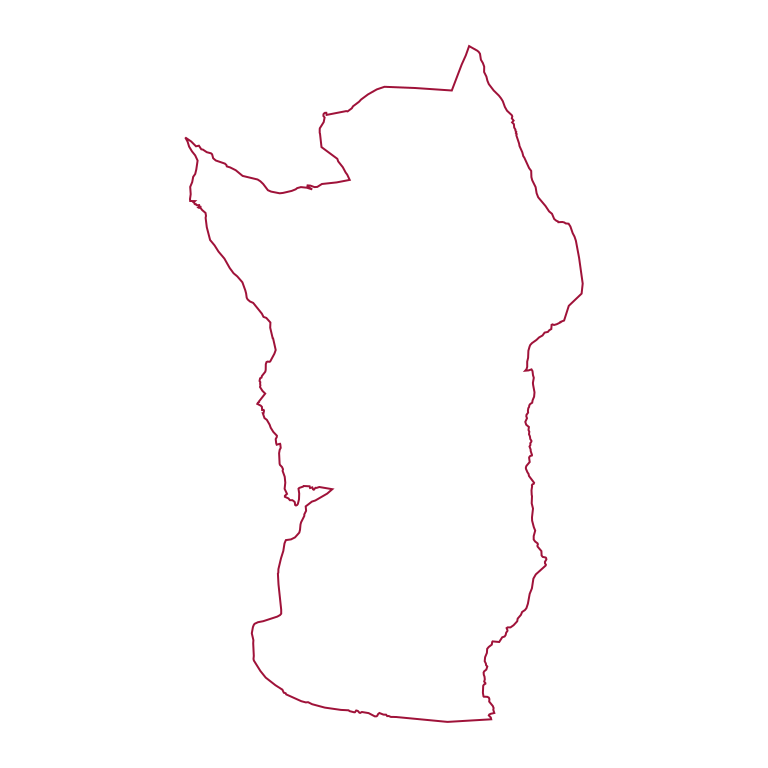 Roesti, Vâlcea, Romania (Albers equal-area conic projection)
{"feature_id": "2599482B88399250652350", "entity_name": "Roesti", "entity_type": "district", "adm_level": 2, "iso_a3": "ROU", "parent_name": "Romania", "parent_adm1": "Vâlcea", "projection": "albers", "projection_center": [24.073, 44.917], "detail": "fine", "context": "isolated", "style": "outline", "palette": "rose", "viewbox_px": 768, "rotation_deg": 0, "n_neighbors": 0, "source": "geoboundaries", "source_scale": "gbopen_adm2", "svg_char_len": 6105}
<svg xmlns="http://www.w3.org/2000/svg" viewBox="0 0 768 768"><path d="M491.2,719.3L490.8,717.5L488.8,715.4L489.3,714.5L490.7,713.8L494.3,713.0L493.3,709.8L493.6,708.0L492.8,706.0L489.2,701.6L489.4,699.1L488.8,697.6L487.2,696.8L483.8,696.7L483.5,696.4L482.9,692.8L483.2,685.8L483.9,684.6L485.4,683.7L485.4,683.1L484.2,681.6L484.8,679.3L484.5,676.6L483.8,674.8L483.6,672.5L484.2,671.3L486.3,669.6L487.3,666.5L486.1,665.2L485.9,663.6L484.7,661.2L485.1,657.2L486.9,652.9L487.2,648.8L488.7,647.0L491.8,644.6L492.2,642.0L492.6,641.4L499.2,642.0L502.2,637.3L504.6,636.5L505.6,635.1L506.2,632.6L507.4,631.0L507.5,630.3L506.6,628.1L507.6,627.4L510.5,627.4L513.6,625.2L517.2,621.3L517.7,618.6L520.9,614.9L522.1,612.0L525.0,610.0L526.4,608.2L527.9,603.7L529.7,593.8L531.9,588.4L533.4,578.6L535.8,574.4L545.6,565.6L545.9,564.8L545.0,563.3L544.9,561.9L546.4,559.4L546.1,558.0L545.6,557.5L542.7,556.9L541.6,555.5L541.4,551.1L537.6,546.6L537.4,545.8L537.9,544.2L537.5,543.3L535.1,541.5L533.7,539.5L533.7,536.1L535.2,530.6L533.8,527.1L532.1,520.6L532.0,517.3L533.0,508.6L531.7,503.3L532.0,496.1L531.7,494.9L531.5,490.3L532.1,486.3L531.9,485.2L532.4,484.4L533.7,483.8L534.1,482.8L529.0,476.0L528.5,473.8L527.5,472.4L525.9,468.7L525.9,467.3L526.5,465.8L529.7,462.0L529.1,457.7L529.4,456.9L530.2,456.0L531.9,455.5L532.0,455.0L530.7,451.1L530.6,449.4L529.5,446.5L530.4,445.0L530.3,443.2L531.4,441.6L531.4,440.7L530.3,439.1L529.9,436.3L529.0,434.3L529.3,431.7L528.5,430.0L528.9,427.0L526.2,424.7L525.3,421.9L527.0,418.2L526.3,416.3L526.5,414.8L528.1,412.6L527.9,410.8L528.3,408.2L529.1,406.9L529.3,405.3L530.2,404.0L532.2,402.7L532.6,400.3L534.1,396.7L534.5,392.3L533.1,384.8L532.9,382.9L533.8,377.8L533.0,375.2L532.5,371.1L531.5,369.4L528.6,370.4L525.2,370.7L526.5,369.2L527.2,366.9L527.2,361.6L528.1,357.8L528.4,350.7L529.6,346.5L530.3,344.9L532.1,343.0L536.5,339.9L539.1,337.4L542.5,335.5L544.6,332.6L547.9,331.9L549.2,330.3L551.3,329.0L551.6,324.8L552.6,324.4L554.0,325.0L556.8,324.2L560.6,322.3L560.5,321.9L564.1,320.5L568.8,305.8L581.6,293.6L582.7,283.6L579.1,257.9L575.9,240.8L574.5,236.6L572.7,233.2L570.4,226.5L568.6,223.7L565.6,223.4L564.4,222.5L562.4,222.0L558.3,222.2L557.9,221.4L556.4,220.8L554.2,219.0L552.0,213.8L549.1,211.4L545.5,206.0L538.2,197.3L536.6,193.2L535.6,187.1L532.2,180.2L531.4,177.1L531.2,170.9L529.1,168.1L524.3,157.6L523.3,156.2L522.3,152.3L519.5,146.0L519.1,143.6L516.5,135.8L516.3,134.9L516.7,134.1L515.8,133.0L516.3,131.9L515.4,130.7L515.4,129.5L514.2,127.6L513.9,124.2L512.1,122.4L513.6,120.6L511.8,118.3L512.3,116.4L511.8,115.2L507.0,110.7L504.9,107.0L502.8,101.2L501.0,98.3L498.9,95.6L493.7,90.5L488.8,84.1L487.4,80.7L486.4,76.6L484.1,72.0L484.2,66.7L482.9,63.1L480.9,59.7L480.0,53.8L478.8,52.0L477.3,50.7L469.1,46.1L465.8,55.4L461.7,64.5L451.8,90.5L415.0,88.0L384.5,86.8L376.8,89.4L368.0,94.4L361.0,99.6L359.1,101.7L353.0,106.3L351.8,108.3L347.6,111.4L346.2,111.1L326.6,114.9L326.3,112.8L325.0,112.8L324.0,113.5L323.5,114.2L323.4,116.0L324.6,117.5L323.7,122.1L319.8,128.3L319.7,129.6L319.7,132.9L320.0,133.6L321.5,147.1L337.3,158.8L338.2,161.4L342.8,167.2L345.7,172.6L347.2,174.6L349.7,179.9L336.7,182.4L321.9,184.0L317.3,186.9L314.5,187.1L310.3,185.6L307.6,185.4L307.4,186.5L312.2,189.4L306.8,187.7L300.9,187.1L297.2,188.1L295.7,189.3L291.7,190.9L283.1,192.9L279.7,193.3L271.1,191.6L267.9,190.2L263.2,184.0L260.4,181.3L257.6,179.5L242.6,175.9L235.7,170.2L230.1,167.4L226.8,166.4L226.4,165.0L224.9,163.6L215.8,160.5L213.2,158.3L212.1,154.3L211.0,153.3L206.8,152.2L202.9,149.6L201.3,149.3L198.9,145.7L196.0,146.3L191.2,141.5L185.3,137.5L187.6,141.7L189.1,146.6L192.0,151.4L195.2,155.4L197.6,160.6L196.3,169.4L195.2,174.0L193.2,176.8L192.2,182.1L190.2,186.9L190.7,194.2L190.0,199.1L190.2,201.0L194.9,201.1L193.6,202.3L194.2,202.7L194.6,203.9L195.2,204.3L195.8,204.1L196.7,205.2L199.2,205.1L199.6,206.2L198.2,207.4L199.1,207.9L200.5,207.3L200.5,207.9L202.1,210.0L205.5,212.9L206.0,215.9L205.6,217.8L206.8,227.3L210.1,240.0L214.5,245.3L218.5,251.6L224.4,258.6L229.7,268.0L233.6,273.3L237.3,276.4L242.4,282.3L245.3,290.4L246.1,293.4L246.7,297.7L247.6,299.4L250.0,301.5L253.2,302.9L261.9,313.7L263.5,316.9L266.3,317.9L270.4,322.5L270.2,327.7L272.7,338.3L273.1,338.4L275.7,350.0L274.4,353.7L270.3,361.3L269.7,361.8L267.5,361.6L266.5,362.1L265.8,364.2L265.7,369.9L265.3,371.7L261.9,376.0L261.5,377.6L260.1,378.3L259.6,380.5L259.6,381.2L260.3,382.1L260.1,383.9L260.4,385.4L260.0,387.0L262.4,390.8L265.2,393.6L259.1,401.3L259.1,402.0L258.0,402.6L257.3,403.9L260.7,405.6L261.9,406.8L262.1,410.0L263.6,409.9L264.0,410.8L263.5,413.2L262.8,413.2L264.5,418.1L266.8,419.8L269.6,424.6L270.7,427.7L273.3,431.9L276.9,435.7L276.8,437.0L275.7,439.1L276.2,443.3L276.7,444.7L279.5,443.9L280.1,443.8L280.3,444.4L280.7,447.9L279.7,449.8L279.1,453.2L279.6,463.6L279.9,464.8L282.0,467.0L283.0,469.2L282.6,470.9L284.7,476.7L285.3,482.7L284.6,488.8L287.0,493.9L284.9,495.8L284.9,496.8L288.4,498.4L289.9,500.2L292.4,500.2L293.7,501.1L294.8,502.2L295.1,504.9L296.0,505.5L297.2,504.9L297.9,503.8L299.0,499.3L299.2,493.5L298.5,488.7L299.3,487.9L303.1,486.6L303.6,486.0L309.6,486.3L310.1,488.0L312.3,487.4L313.0,489.3L313.8,489.7L315.5,487.8L316.6,487.9L319.3,487.0L332.3,489.2L327.2,493.6L315.3,500.5L311.9,501.6L305.7,506.4L306.1,510.8L304.3,514.4L304.3,515.9L301.1,522.3L300.5,524.5L300.0,529.9L299.3,532.6L295.0,537.4L291.0,539.4L285.9,540.1L285.4,541.2L284.5,543.4L283.3,551.0L281.0,558.3L278.4,569.2L278.3,572.8L277.9,573.5L278.5,584.4L281.2,609.8L281.2,613.7L280.0,615.1L277.3,616.6L263.2,621.2L258.0,622.2L254.6,623.8L253.7,625.1L252.9,627.2L251.8,633.3L253.4,640.2L253.2,643.3L253.8,655.9L253.5,659.0L253.9,660.6L260.4,671.0L265.7,677.6L275.4,685.2L282.4,689.7L283.8,692.7L285.6,693.2L286.2,694.4L301.3,701.2L305.8,702.4L308.1,702.2L312.1,704.2L324.8,707.6L340.9,709.9L348.6,710.3L349.5,711.1L354.2,712.3L355.0,712.2L356.2,710.5L356.8,710.6L357.9,711.0L359.4,712.7L360.2,712.9L361.9,712.0L368.6,713.1L374.9,716.4L376.5,716.3L377.3,715.7L378.0,714.2L379.4,713.0L383.4,714.6L386.1,714.7L387.2,716.1L388.7,716.0L390.8,716.9L396.1,717.0L447.5,721.9L491.2,719.3Z" fill="none" stroke="#9f1239" stroke-width="2"/></svg>